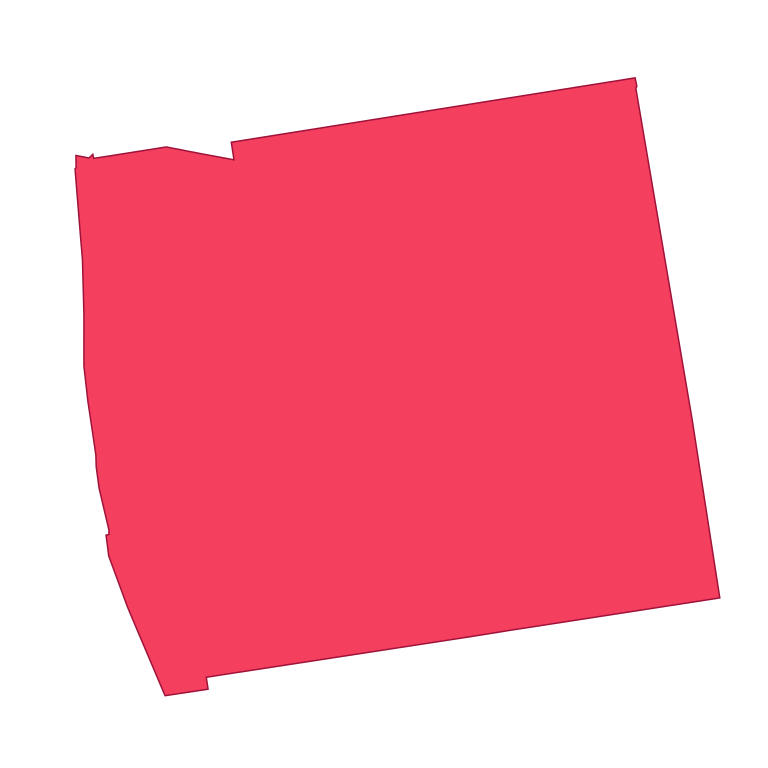 the district of Palm Beach, Florida, United States of America, rotated 171°
{"feature_id": "52423323B70070544976743", "entity_name": "Palm Beach", "entity_type": "district", "adm_level": 2, "iso_a3": "USA", "parent_name": "United States of America", "parent_adm1": "Florida", "projection": "natural_earth1", "projection_center": [-80.218, 26.646], "detail": "fine", "context": "isolated", "style": "filled", "palette": "rose", "viewbox_px": 768, "rotation_deg": 171, "n_neighbors": 0, "source": "geoboundaries", "source_scale": "gbopen_adm2", "svg_char_len": 741}
<svg xmlns="http://www.w3.org/2000/svg" viewBox="0 0 768 768"><g transform="rotate(171 384 384)"><path d="M88.1,647.1L496.7,646.7L497.0,646.7L497.1,628.9L530.1,640.6L562.0,652.2L585.7,652.2L585.8,652.2L586.0,652.2L620.8,652.2L635.4,652.3L635.7,656.4L640.0,653.4L652.5,657.9L654.3,645.8L655.5,644.9L661.3,569.1L661.4,567.0L661.6,564.2L662.4,553.7L669.6,499.0L677.6,448.6L679.2,412.3L679.2,409.7L679.4,385.4L679.7,358.9L681.2,347.1L681.7,325.6L678.5,282.5L679.3,278.4L682.2,278.2L682.4,269.5L682.8,257.2L679.8,242.2L672.3,204.2L665.1,175.0L649.0,110.4L605.5,110.1L605.4,122.1L587.8,122.1L587.3,122.1L334.1,120.9L299.2,121.0L85.8,120.2L85.2,301.6L89.0,636.8L87.7,638.4L88.1,647.1Z" fill="#f43f5e" stroke="#9f1239" stroke-width="1.5"/></g></svg>